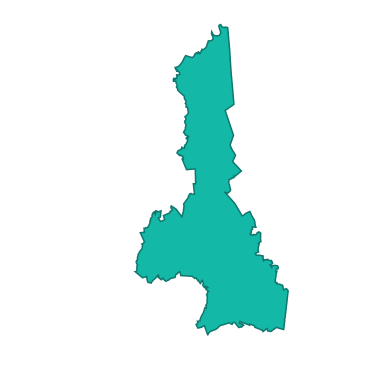 outline of Jalpa de Méndez, Tabasco, Mexico, rotated 346°
{"feature_id": "50627088B16392647790801", "entity_name": "Jalpa de Méndez", "entity_type": "district", "adm_level": 2, "iso_a3": "MEX", "parent_name": "Mexico", "parent_adm1": "Tabasco", "projection": "equal_earth", "projection_center": [-93.099, 18.238], "detail": "fine", "context": "isolated", "style": "filled", "palette": "teal", "viewbox_px": 384, "rotation_deg": 346, "n_neighbors": 0, "source": "geoboundaries", "source_scale": "gbopen_adm2", "svg_char_len": 6068}
<svg xmlns="http://www.w3.org/2000/svg" viewBox="0 0 384 384"><g transform="rotate(346 192 192)"><path d="M253.9,117.1L259.2,83.5L263.1,62.1L266.4,41.1L264.2,40.0L263.7,40.4L262.1,39.6L261.1,39.4L260.6,36.9L260.2,36.4L259.0,36.7L258.2,37.2L258.2,41.1L258.5,42.3L258.4,43.8L258.1,45.0L256.3,46.8L253.3,46.4L251.5,45.5L250.5,44.0L249.9,41.3L249.3,42.8L249.3,44.4L249.9,47.0L249.0,49.2L246.8,49.8L244.4,49.3L244.0,49.7L244.0,50.5L243.0,51.3L242.0,53.3L240.5,55.2L237.4,56.7L236.8,56.5L236.3,55.9L235.8,56.7L235.1,57.1L235.0,58.0L234.7,58.3L234.2,58.6L233.5,58.5L233.5,59.7L233.1,59.7L232.6,59.1L232.5,58.1L232.1,57.6L231.6,57.7L231.5,58.4L231.0,59.1L230.8,59.0L230.4,58.1L229.4,58.1L228.7,59.0L228.0,58.9L227.4,60.0L225.7,61.4L224.9,61.7L224.5,61.2L223.6,61.1L218.9,58.1L217.2,59.7L216.9,60.4L216.3,60.6L214.4,63.2L211.5,65.5L209.3,66.8L208.2,67.1L205.7,67.1L206.0,69.4L206.9,69.4L207.3,69.8L206.5,71.2L208.0,71.7L208.9,73.4L208.5,75.0L208.2,75.2L206.9,74.8L206.1,75.4L205.4,74.8L205.2,75.6L205.4,76.6L205.0,77.8L204.2,77.6L203.4,78.5L202.3,78.6L202.2,78.1L202.4,77.4L201.9,77.3L201.4,77.7L200.7,79.9L200.9,80.2L202.8,80.3L203.2,80.6L202.9,82.5L203.5,83.4L203.6,83.9L203.4,84.7L202.5,85.9L202.3,86.6L203.0,88.1L202.8,89.5L203.4,90.8L207.7,97.3L207.2,99.9L208.1,101.7L208.2,102.3L207.5,103.8L206.9,104.5L207.5,105.5L207.6,106.5L206.7,107.9L207.0,108.4L207.9,108.8L208.1,109.2L207.7,113.7L207.3,114.7L206.5,115.6L203.4,117.2L203.3,117.7L203.9,118.9L203.8,119.9L203.4,120.5L202.1,121.5L201.9,122.3L201.9,123.5L202.4,125.0L202.1,126.3L201.2,127.7L200.9,129.0L200.1,130.2L199.3,130.7L198.2,132.4L199.2,133.0L199.3,133.4L199.0,134.4L200.2,136.1L201.1,136.2L202.2,137.3L202.0,137.6L201.2,137.3L201.1,138.5L200.9,138.7L199.9,138.1L199.3,138.4L200.3,140.0L200.0,141.7L198.9,142.6L197.8,144.2L196.4,144.8L195.7,145.9L195.9,146.6L195.2,147.6L193.6,147.0L193.5,146.4L192.9,146.1L192.0,147.9L188.3,148.7L186.9,150.4L187.2,151.3L188.1,152.0L188.5,153.4L189.2,153.8L190.0,153.4L190.6,154.4L191.1,154.9L191.5,154.8L191.7,155.2L191.5,156.4L191.9,156.6L192.0,157.1L191.0,157.3L191.3,158.0L191.0,158.6L190.5,158.3L192.1,169.0L200.5,170.3L200.5,171.6L197.9,183.2L198.1,183.7L197.1,185.1L196.6,184.5L195.3,184.3L193.9,194.6L191.4,194.1L190.7,193.2L190.0,193.6L189.3,193.3L188.9,193.9L187.4,195.2L187.4,196.2L181.2,201.3L180.9,202.0L181.0,203.3L179.0,208.6L176.2,213.6L172.3,204.6L168.5,200.5L168.0,201.1L167.8,202.8L168.3,202.9L168.7,204.7L166.0,205.6L165.6,206.8L158.6,208.0L158.8,212.3L154.4,213.1L153.0,209.1L155.2,208.7L157.4,202.8L155.6,203.0L154.4,203.4L153.3,201.8L152.3,201.5L151.8,202.0L151.5,204.3L151.1,204.3L151.0,204.7L150.7,204.0L150.5,202.2L148.9,203.0L147.6,204.8L147.5,205.8L147.1,206.6L145.4,207.7L144.8,209.2L145.1,209.7L144.1,210.2L144.1,210.8L143.3,212.4L141.4,214.8L139.9,216.0L138.8,215.4L137.3,215.9L136.7,215.6L136.0,219.5L132.0,219.0L133.8,228.9L133.3,229.1L132.1,230.3L130.7,230.4L131.2,231.2L131.1,231.6L129.8,234.9L126.7,237.2L125.6,238.8L124.6,239.4L124.4,240.5L123.2,242.3L123.0,243.7L122.4,244.9L121.8,245.0L120.9,246.4L121.0,248.3L121.6,249.7L120.9,250.2L120.4,251.2L119.5,255.0L118.9,255.5L117.6,255.5L123.3,263.3L127.7,263.1L127.3,264.0L127.2,267.9L127.5,269.2L130.4,270.4L130.4,269.7L131.7,269.3L132.7,268.3L136.4,266.4L138.4,264.7L139.3,264.5L139.4,265.8L138.6,266.5L140.9,269.7L143.1,268.5L143.2,269.6L143.5,270.3L145.0,272.3L148.3,271.7L150.4,270.7L154.9,270.8L156.3,268.1L157.2,268.0L158.6,267.4L158.7,266.8L160.5,266.7L161.0,265.8L160.9,270.4L171.5,273.7L173.0,275.3L173.6,276.5L175.2,276.5L176.2,279.4L176.7,279.2L177.9,282.8L178.8,282.4L178.6,281.5L180.7,280.2L180.9,280.9L180.7,282.0L181.1,284.1L179.8,284.8L180.8,287.5L181.6,286.9L181.9,287.6L182.8,286.9L184.2,288.4L181.9,289.1L182.0,289.9L183.9,292.3L183.3,292.5L182.2,294.1L181.5,295.8L181.3,295.7L181.4,298.0L180.3,301.0L180.4,302.2L179.9,302.6L179.8,303.5L178.0,305.5L178.4,305.8L177.7,308.2L176.6,307.3L173.6,312.3L172.5,313.1L170.1,316.0L168.9,317.9L168.5,319.1L166.0,318.7L166.0,320.5L163.9,321.6L164.8,325.5L168.5,325.5L171.7,324.7L172.7,334.9L173.2,333.6L175.8,331.8L181.6,331.1L184.2,330.1L186.5,328.5L196.8,328.0L198.1,329.7L199.0,330.1L199.9,328.9L200.9,328.7L201.8,328.9L204.6,334.8L205.7,334.9L206.5,334.6L206.8,334.7L206.9,334.9L207.7,335.0L208.6,334.5L209.0,333.9L209.9,333.8L209.8,333.5L209.3,333.5L208.7,332.2L208.3,332.4L207.6,331.6L206.2,331.0L207.1,329.2L215.7,335.2L216.1,334.1L217.9,335.3L217.7,335.5L218.0,335.4L220.2,336.9L220.3,338.5L226.2,342.7L226.8,343.6L227.1,343.3L227.9,343.9L227.7,344.4L231.7,342.6L231.8,345.1L234.8,346.4L241.4,343.8L243.4,345.2L247.7,347.6L251.0,338.9L250.8,337.9L251.6,337.3L261.4,311.1L260.3,308.7L257.9,308.8L257.5,309.3L257.2,308.1L257.4,304.8L257.2,304.2L256.3,304.0L254.8,302.6L253.2,302.4L253.0,301.9L252.0,301.5L252.5,300.4L250.8,299.5L254.2,291.2L255.1,289.7L254.1,289.8L254.4,288.4L255.0,287.4L255.5,287.2L256.8,287.4L257.2,287.0L257.4,286.4L257.4,284.8L256.7,284.0L254.0,283.1L251.7,283.2L251.5,283.4L251.1,284.4L250.1,281.6L251.1,281.7L252.9,280.9L252.4,279.5L252.9,279.3L252.5,277.7L251.0,277.4L249.5,276.3L249.5,276.0L248.3,275.9L248.3,275.5L246.6,275.7L246.4,275.3L245.9,275.2L244.9,276.1L244.7,274.9L244.9,274.3L244.5,274.2L245.6,271.4L242.2,269.6L239.0,269.0L238.9,267.4L238.6,267.1L239.0,266.7L242.1,266.3L242.1,264.8L242.5,262.6L244.6,258.7L244.0,258.2L244.2,257.7L246.9,256.7L247.0,254.6L248.7,248.4L247.8,247.2L246.7,246.9L246.3,247.3L245.5,247.2L245.3,247.8L243.5,248.9L241.6,248.2L241.3,248.7L239.8,248.1L239.2,247.5L238.5,247.7L238.4,246.4L239.1,246.3L240.1,245.3L240.0,243.5L241.7,242.9L241.9,240.6L245.5,241.6L245.3,240.2L245.4,238.0L245.7,236.9L245.7,234.2L244.3,229.6L243.4,224.9L238.7,225.8L236.6,227.0L234.9,227.3L230.8,213.6L224.5,201.4L223.4,199.7L226.4,201.8L228.9,200.5L229.6,199.8L230.1,198.8L229.9,197.8L230.1,193.9L229.7,192.4L229.9,191.5L231.1,188.9L232.8,188.9L233.9,188.1L235.0,188.4L235.6,187.7L236.1,188.0L236.6,187.0L236.7,187.5L245.0,183.6L238.8,172.4L243.1,166.9L242.1,163.3L241.2,161.1L240.3,155.7L246.0,147.0L243.9,120.9L253.9,117.1Z" fill="#14b8a6" stroke="#0f766e" stroke-width="1.5"/></g></svg>